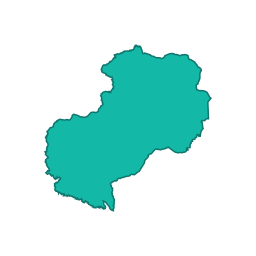 the district of Bosomtwe, Ashanti, Ghana, rotated 307°
{"feature_id": "2480657B90441463194933", "entity_name": "Bosomtwe", "entity_type": "district", "adm_level": 2, "iso_a3": "GHA", "parent_name": "Ghana", "parent_adm1": "Ashanti", "projection": "robinson", "projection_center": [-1.515, 6.558], "detail": "fine", "context": "isolated", "style": "filled", "palette": "teal", "viewbox_px": 256, "rotation_deg": 307, "n_neighbors": 0, "source": "geoboundaries", "source_scale": "gbopen_adm2", "svg_char_len": 5705}
<svg xmlns="http://www.w3.org/2000/svg" viewBox="0 0 256 256"><g transform="rotate(307 128 128)"><path d="M43.7,148.3L44.9,150.3L45.3,150.1L45.7,150.7L45.6,150.2L46.1,150.4L46.6,151.2L46.5,151.6L47.1,151.9L47.0,152.4L48.0,152.2L47.7,152.9L48.1,152.6L48.1,153.3L48.6,153.5L48.0,153.7L49.0,154.3L48.7,155.1L49.1,155.1L49.3,155.9L48.7,156.0L48.6,156.9L49.0,156.9L48.7,157.2L50.0,158.3L51.3,157.7L52.0,156.7L52.1,155.3L52.7,154.2L54.4,153.2L54.8,152.3L55.4,154.9L54.9,155.9L54.0,160.1L52.6,162.5L52.6,164.5L53.2,166.1L54.6,164.9L55.6,164.9L56.8,164.1L57.1,163.0L58.1,163.2L58.5,162.4L59.5,162.4L59.6,161.7L61.0,161.3L62.8,160.0L63.5,158.1L64.6,157.4L64.6,156.2L65.0,156.1L66.2,154.3L66.5,154.6L66.8,154.0L68.8,153.3L70.0,152.3L70.2,151.7L70.6,151.8L70.8,150.1L71.6,149.4L71.9,149.5L72.5,147.9L73.3,147.4L78.1,149.1L78.0,149.7L78.6,150.5L80.0,150.9L80.7,150.5L82.2,150.7L82.9,152.1L85.1,153.1L85.5,153.9L87.8,155.3L90.5,157.9L93.1,158.6L94.6,161.3L98.7,162.3L100.1,163.0L110.1,162.1L112.2,160.9L116.7,161.5L117.6,161.3L118.5,160.4L119.2,160.9L119.8,160.8L121.5,162.1L127.6,162.5L130.6,167.6L132.1,168.4L133.3,169.7L135.9,171.2L136.9,171.4L137.0,179.5L137.6,181.5L138.7,183.4L140.0,184.4L140.5,185.7L142.8,187.7L143.7,188.3L144.8,188.4L146.0,187.9L146.2,189.0L146.7,189.2L147.0,188.1L146.6,187.5L147.0,186.9L147.9,187.4L149.6,189.3L152.5,187.5L153.8,187.6L154.4,186.8L156.2,187.5L156.5,186.7L157.6,186.6L159.2,188.1L160.8,187.6L161.9,188.3L164.3,187.1L164.8,188.1L163.7,190.3L164.4,189.5L164.4,190.2L164.6,189.8L165.0,190.6L165.3,190.4L164.8,189.9L165.0,189.2L166.6,189.7L168.2,188.7L171.6,188.1L172.7,188.4L173.5,187.2L176.5,184.5L177.2,183.6L176.8,183.0L177.1,182.6L178.6,182.8L180.1,184.8L182.1,184.9L183.4,185.9L183.8,186.7L196.7,176.2L201.7,176.3L201.8,174.6L204.0,169.8L203.9,168.0L202.9,165.4L200.8,162.5L200.0,159.7L203.0,156.8L203.8,156.7L205.5,157.3L206.8,156.5L208.2,156.4L211.3,155.3L213.9,153.2L216.0,152.1L218.0,152.0L219.3,150.2L219.0,146.6L219.9,144.9L220.3,142.8L220.8,141.9L220.4,137.5L219.7,135.2L221.0,133.2L221.8,132.6L221.9,131.3L220.8,129.2L218.4,126.6L217.4,126.5L216.9,125.8L216.1,122.9L215.0,121.4L214.8,120.0L214.0,118.2L211.6,116.1L208.0,114.0L205.9,114.3L203.9,113.4L203.1,111.0L201.4,108.8L200.7,106.6L200.6,105.1L199.7,103.8L199.8,101.6L197.9,96.2L196.8,95.7L196.6,94.7L200.0,90.0L200.5,88.5L200.2,88.0L200.1,88.3L199.4,88.1L198.9,86.9L199.3,86.7L198.8,85.9L199.1,85.2L197.8,85.1L198.2,84.2L197.3,84.2L197.2,84.8L196.1,84.5L194.0,85.3L192.4,83.9L191.7,84.1L191.4,83.7L191.4,82.8L190.8,82.7L190.8,83.0L189.7,82.3L189.6,81.8L187.3,79.0L186.7,79.1L186.1,78.2L185.4,78.6L184.9,78.4L183.5,77.1L183.1,77.5L182.6,76.8L181.4,76.4L180.9,74.8L179.3,74.4L179.3,73.9L178.3,73.1L177.5,73.9L177.7,74.6L177.1,74.8L177.3,75.3L176.9,75.7L176.3,75.6L175.3,74.4L172.9,74.8L171.0,74.4L170.6,73.9L170.2,74.1L170.2,73.6L167.9,73.7L166.7,73.1L166.5,72.7L164.9,72.7L164.1,70.9L162.8,70.4L158.6,71.4L158.2,72.1L158.3,72.5L157.6,72.8L157.5,73.5L157.0,73.9L158.1,77.8L157.1,78.5L157.5,79.1L157.3,79.8L157.7,80.2L157.5,80.8L157.9,81.8L157.7,81.9L158.1,83.6L159.1,84.4L157.8,86.4L157.4,86.6L157.0,86.1L156.9,86.7L156.2,86.9L155.8,87.8L156.0,88.8L153.3,89.4L152.8,91.4L152.0,91.4L151.2,92.5L150.8,92.6L150.5,92.0L147.3,92.3L146.7,91.9L146.8,92.2L145.8,92.8L145.0,91.8L145.2,90.4L144.7,90.4L143.8,88.2L142.1,86.9L140.8,86.4L139.7,86.6L139.2,86.1L137.8,86.9L137.3,86.8L137.0,87.8L135.7,89.3L133.9,90.2L134.1,91.3L133.3,92.3L132.6,92.3L132.4,93.5L132.1,93.8L130.0,93.6L129.2,93.1L128.2,93.5L125.4,93.2L123.3,94.3L121.2,93.3L119.5,90.4L118.0,89.1L113.0,88.6L111.6,87.9L110.3,86.7L108.3,83.2L107.7,80.0L106.2,76.3L104.5,75.9L102.9,76.7L101.2,76.8L99.8,76.8L99.0,76.4L98.1,74.3L96.1,72.5L93.8,68.2L91.1,67.0L90.7,67.4L90.4,66.8L89.4,66.9L89.0,66.5L86.5,66.3L86.0,66.7L84.6,67.0L84.3,67.5L82.5,66.9L81.5,65.7L78.0,65.8L76.5,65.4L76.1,65.9L76.1,66.7L75.2,67.0L74.6,67.9L73.1,67.5L72.7,68.1L72.0,67.8L71.6,68.6L70.9,67.9L69.5,70.2L68.4,70.6L67.4,73.3L66.1,74.6L63.6,74.8L63.4,75.2L62.8,75.3L62.3,76.2L61.3,76.1L60.4,77.3L59.5,77.3L59.4,76.4L59.0,76.1L58.8,77.1L58.2,77.7L57.3,77.9L56.8,80.3L57.0,81.0L56.4,82.0L55.9,82.2L55.6,81.7L52.7,81.4L52.1,82.4L51.6,82.3L51.6,82.7L50.8,82.8L50.7,84.1L50.3,84.9L49.4,85.2L49.5,85.8L48.6,86.8L48.4,88.4L46.9,91.0L45.9,90.7L46.1,90.2L45.6,89.5L43.4,89.6L42.8,89.4L42.6,91.5L44.1,92.2L44.4,92.9L44.2,93.4L44.5,93.8L43.9,94.5L43.7,95.8L44.6,96.0L45.1,96.6L44.4,97.2L43.2,100.1L43.5,100.6L43.7,100.2L44.3,100.3L44.0,100.8L44.5,100.7L45.0,101.4L45.8,101.1L45.5,101.5L45.9,101.4L46.6,102.7L46.9,102.4L47.4,102.8L47.3,104.5L46.4,104.8L44.7,104.2L44.4,104.6L41.4,104.4L41.5,103.5L39.2,102.9L38.8,103.8L38.2,103.7L37.2,104.5L37.1,105.8L35.5,106.2L34.4,107.1L34.2,108.3L34.7,108.6L34.4,109.0L35.1,110.2L34.6,110.6L34.7,111.4L34.1,111.9L35.4,111.8L35.1,114.0L35.5,114.2L35.2,114.5L35.8,115.2L35.3,115.5L35.8,115.9L35.3,115.9L35.9,116.2L35.7,116.7L36.1,116.7L36.1,117.2L36.4,117.2L36.0,117.6L36.3,118.3L35.9,118.2L36.6,118.9L36.9,119.8L37.3,119.8L37.2,120.4L37.9,120.6L37.4,120.8L38.7,121.4L38.6,122.0L38.9,122.1L38.7,122.4L39.1,122.5L39.6,124.6L40.0,124.6L40.0,125.0L39.8,124.9L39.6,125.5L39.9,125.2L40.3,126.1L40.0,126.3L40.3,126.5L40.2,128.6L40.9,128.7L40.9,129.0L40.5,129.0L41.0,129.4L40.7,129.6L41.2,129.8L40.8,130.1L41.3,130.3L40.9,131.4L41.1,132.0L41.5,131.9L41.5,132.3L42.9,133.6L43.3,133.4L43.2,134.2L41.8,135.0L42.0,135.8L41.6,136.7L42.0,138.0L42.6,138.0L42.6,137.6L43.2,138.2L43.6,137.9L43.6,138.3L44.0,138.4L43.8,138.9L44.1,139.1L44.3,138.8L44.4,139.3L44.1,140.3L44.5,141.0L43.8,141.0L44.0,141.4L43.4,142.5L43.8,143.5L43.6,144.8L44.3,145.8L44.1,146.3L44.4,146.5L43.8,146.9L44.4,147.4L44.3,148.1L44.0,147.6L43.7,148.3Z" fill="#14b8a6" stroke="#0f766e" stroke-width="1.5"/></g></svg>